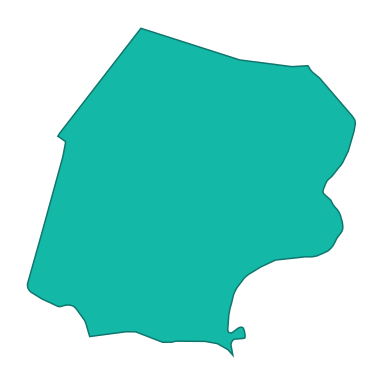 SVG path tracing the border of Ar Raqqah, rotated 183°
{"feature_id": "SYR-136", "entity_name": "Ar Raqqah", "entity_type": "Province", "adm_level": 1, "iso_a3": "SYR", "parent_name": "Syria", "parent_adm1": "", "projection": "robinson", "projection_center": [38.68, 35.997], "detail": "fine", "context": "isolated", "style": "filled", "palette": "teal", "viewbox_px": 384, "rotation_deg": 183, "n_neighbors": 0, "source": "natural_earth", "source_scale": "10m", "svg_char_len": 1693}
<svg xmlns="http://www.w3.org/2000/svg" viewBox="0 0 384 384"><g transform="rotate(183 192 192)"><path d="M240.9,49.4L250.5,49.0L286.6,42.3L290.8,54.4L292.4,58.0L301.5,69.3L303.9,71.4L305.4,72.1L307.2,72.5L309.1,72.7L312.4,72.3L313.9,71.9L316.7,70.9L317.4,70.7L318.2,70.6L319.1,70.6L320.0,70.8L336.4,77.4L347.5,83.5L349.5,85.4L350.7,87.2L350.9,87.9L351.2,88.7L351.5,91.5L340.0,142.3L322.8,220.5L321.0,233.8L321.0,236.0L322.2,236.5L327.5,239.9L328.9,240.6L327.4,243.5L251.6,352.8L151.4,326.4L98.7,322.4L82.8,324.2L80.0,320.1L77.9,317.9L70.8,312.7L36.4,276.7L33.8,273.4L33.3,272.6L33.0,271.7L32.6,270.2L32.5,269.1L32.5,268.1L33.5,260.5L38.1,241.0L43.2,229.0L44.8,226.4L45.7,225.2L46.2,224.7L53.0,215.1L56.6,211.5L57.5,210.4L57.9,209.8L59.2,206.8L60.0,204.2L60.3,203.6L60.6,202.7L60.9,201.6L61.2,199.3L60.9,198.1L60.3,197.1L53.2,191.3L53.0,191.2L50.8,187.3L48.4,184.3L45.8,181.8L44.2,179.6L42.6,176.5L40.4,170.1L39.7,166.6L39.5,164.0L39.7,162.4L40.1,161.0L40.8,159.5L44.8,153.6L47.0,148.5L48.6,145.4L50.6,142.8L52.5,140.8L53.5,140.0L56.5,138.4L63.9,134.7L68.8,133.5L75.5,133.2L105.1,128.4L119.7,120.6L131.4,112.5L133.6,110.6L135.2,108.9L142.0,98.9L144.1,94.6L145.3,90.9L146.6,83.6L148.0,77.3L148.8,71.2L149.1,56.7L148.9,55.9L148.8,55.2L148.5,54.5L148.1,54.0L147.5,53.5L146.7,53.3L146.0,53.2L145.2,53.4L144.0,54.1L139.6,57.8L137.9,59.0L136.4,59.5L135.6,59.6L134.9,59.5L134.2,59.2L133.7,58.8L133.1,57.6L132.4,55.9L131.5,52.1L131.4,50.2L131.6,49.0L132.2,48.7L132.9,48.5L141.9,47.2L142.8,46.8L143.6,45.9L144.7,44.0L145.0,42.7L145.1,41.6L145.0,40.8L142.7,31.2L147.8,36.4L158.7,41.9L171.3,43.5L200.3,42.2L204.2,41.0L213.5,40.4L240.9,49.4Z" fill="#14b8a6" stroke="#0f766e" stroke-width="1.5"/></g></svg>